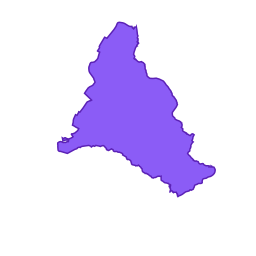 outline of Lozna, Salaj, Romania, rotated 322°
{"feature_id": "2599482B10357356910140", "entity_name": "Lozna", "entity_type": "district", "adm_level": 2, "iso_a3": "ROU", "parent_name": "Romania", "parent_adm1": "Salaj", "projection": "equal_earth", "projection_center": [23.494, 47.297], "detail": "fine", "context": "isolated", "style": "filled", "palette": "violet", "viewbox_px": 256, "rotation_deg": 322, "n_neighbors": 0, "source": "geoboundaries", "source_scale": "gbopen_adm2", "svg_char_len": 5858}
<svg xmlns="http://www.w3.org/2000/svg" viewBox="0 0 256 256"><g transform="rotate(322 128 128)"><path d="M171.6,211.9L171.5,211.6L170.3,210.5L170.2,210.2L170.5,209.8L170.2,209.2L170.0,209.8L169.5,209.9L168.7,209.1L167.9,208.5L168.6,207.9L167.8,207.0L166.2,205.7L165.4,204.3L165.2,203.4L165.3,202.5L165.0,202.0L162.8,200.9L162.2,199.9L162.2,199.4L162.6,197.7L162.1,197.1L161.4,195.8L160.5,195.6L159.6,193.7L160.0,193.5L160.0,193.3L159.9,192.9L159.9,192.4L159.8,191.4L159.5,190.6L159.6,188.8L159.5,187.5L159.2,186.8L159.3,185.5L159.2,184.9L160.4,184.2L162.6,184.1L163.3,183.2L164.0,182.6L164.9,182.3L165.5,181.7L166.0,181.6L166.3,180.9L166.8,180.4L168.9,179.4L170.7,179.1L170.8,179.1L170.6,178.0L170.6,177.3L172.3,176.4L173.7,175.1L174.7,174.6L175.9,174.1L175.6,172.8L175.0,172.1L173.8,172.0L172.5,172.3L172.0,171.8L171.3,169.8L170.8,169.4L170.6,169.0L170.6,168.8L171.0,168.6L171.0,168.2L170.9,167.8L170.5,167.8L170.4,166.7L170.2,166.6L169.4,164.2L169.4,163.9L169.7,163.2L170.5,162.7L170.5,162.4L170.7,162.2L170.4,160.3L171.7,159.8L172.7,158.6L173.0,157.7L173.4,157.2L173.1,156.9L173.1,156.4L173.3,156.1L173.2,155.5L173.1,155.1L172.9,154.7L172.7,154.0L171.3,151.8L170.7,150.3L170.6,149.9L171.0,149.0L170.6,145.8L171.7,144.0L172.6,143.0L178.5,141.3L180.1,140.6L181.5,139.8L181.7,138.8L182.2,138.4L182.4,137.8L182.6,136.7L183.1,136.0L183.1,134.3L183.3,133.4L183.1,132.8L183.4,131.8L183.1,131.1L183.1,130.1L182.9,129.7L184.1,127.6L184.0,126.4L184.5,125.8L184.6,124.4L184.6,122.3L184.9,120.4L184.8,119.5L184.8,118.8L184.6,117.7L184.8,115.6L184.8,112.9L184.1,111.4L182.8,108.8L180.9,106.1L178.1,104.3L175.8,102.3L175.3,100.5L175.1,98.7L175.3,98.2L176.1,97.1L176.7,94.9L177.4,94.2L177.5,93.5L177.7,93.3L177.9,91.9L179.3,90.1L179.3,89.6L179.5,89.1L179.8,88.7L180.2,88.8L180.5,87.7L180.3,87.2L180.3,86.0L179.9,85.2L179.6,84.8L179.6,84.1L177.8,83.1L177.5,83.1L177.1,82.5L176.7,81.6L176.3,79.3L176.1,78.8L176.2,78.6L176.4,78.7L176.4,78.2L175.6,77.8L175.5,77.0L175.7,76.8L177.4,75.8L177.4,75.4L177.7,74.8L177.6,74.3L177.7,73.5L179.3,72.1L183.5,69.3L185.1,68.9L185.6,69.0L185.5,68.6L185.8,68.2L186.8,68.1L187.2,67.8L187.6,67.9L188.5,67.7L188.3,67.0L188.7,67.0L188.8,66.5L188.2,66.3L188.3,65.7L188.5,65.5L189.7,65.3L189.9,64.8L190.8,64.1L190.5,63.6L190.7,63.4L190.8,62.7L192.6,61.5L192.6,60.9L193.3,59.6L195.5,56.0L196.8,53.5L196.5,53.7L196.4,53.3L195.6,52.8L195.0,52.8L194.9,52.5L194.2,52.9L194.0,53.4L193.4,53.4L193.3,52.7L193.4,52.2L193.1,51.8L193.4,51.2L193.4,50.7L193.6,50.3L192.1,49.2L191.3,48.0L189.9,44.1L189.6,43.4L188.7,42.0L186.4,39.5L185.5,39.0L184.8,38.8L183.9,39.0L181.1,40.6L177.5,41.8L166.7,44.3L165.5,42.1L164.9,42.3L156.6,45.5L155.4,46.2L155.1,47.1L154.6,47.4L151.4,48.5L151.5,49.1L152.4,50.8L150.5,52.0L147.2,54.5L145.6,55.0L142.4,55.3L140.6,54.5L139.7,53.8L138.7,53.6L137.2,54.2L137.0,54.5L134.7,55.9L133.6,57.2L132.4,59.1L131.9,60.7L131.6,67.7L131.1,68.7L130.5,71.0L130.1,71.7L126.7,72.6L125.4,72.5L123.4,72.0L121.4,71.9L117.6,73.0L115.1,73.9L116.5,83.6L115.3,83.5L114.9,83.1L112.2,82.4L111.5,82.4L104.8,84.6L99.7,85.9L99.2,84.9L98.3,85.5L95.6,86.6L94.9,85.2L90.7,87.4L89.6,88.3L88.4,89.7L86.0,91.6L86.8,93.3L87.4,95.1L88.8,98.1L87.9,98.6L86.4,99.1L82.9,99.2L80.8,98.5L79.9,97.9L79.5,98.2L79.3,101.0L78.7,101.2L78.1,101.1L76.2,100.7L74.1,99.9L73.1,98.3L72.6,97.1L72.2,96.8L70.6,96.5L70.2,95.4L68.9,97.9L71.3,99.0L73.8,100.9L72.6,102.0L71.6,101.3L69.9,101.0L68.7,99.9L68.0,99.6L67.7,99.1L67.7,98.9L67.4,98.3L66.4,97.1L65.3,96.6L63.5,96.5L62.6,97.5L62.3,98.2L61.2,99.5L59.6,101.9L59.2,102.7L59.3,103.6L59.9,104.5L60.2,104.6L60.9,105.5L64.6,110.7L73.0,112.1L74.8,112.8L75.4,112.8L75.6,112.6L76.4,112.6L77.7,113.1L78.4,114.0L79.7,113.9L80.5,114.2L86.4,117.6L87.3,119.2L87.5,119.8L87.4,120.4L89.6,120.5L89.9,120.8L90.0,121.4L90.2,121.7L91.3,122.0L91.9,121.9L94.1,124.4L94.9,125.6L95.7,125.7L97.4,126.4L97.9,126.9L98.0,127.6L98.2,128.2L98.1,129.4L98.3,130.3L98.3,131.0L98.2,131.3L97.8,131.6L97.8,131.9L97.9,132.2L98.4,132.8L98.5,133.4L99.0,133.8L99.7,133.9L102.1,134.3L102.1,134.5L102.8,135.6L102.9,135.9L102.4,136.8L102.5,137.6L102.8,138.2L104.7,139.6L104.9,139.9L105.2,140.9L106.5,141.9L106.8,142.7L107.5,143.7L107.8,144.8L107.8,145.3L107.2,145.9L108.7,149.6L108.7,150.1L108.3,150.6L108.3,151.3L108.0,151.9L108.0,152.2L108.2,152.6L109.3,153.3L109.9,155.0L109.9,155.6L109.7,156.2L109.4,156.8L109.2,157.6L108.7,158.4L108.7,159.4L109.2,160.1L110.6,161.8L110.8,162.3L110.8,162.7L111.7,163.0L112.2,163.6L113.4,163.7L113.5,164.0L113.6,164.7L113.5,164.9L113.5,165.4L113.8,166.0L113.9,167.1L113.7,167.5L113.9,168.9L113.3,169.8L112.7,171.1L112.7,171.6L113.0,172.7L113.5,173.6L113.5,174.4L114.6,175.1L114.8,176.2L115.2,176.3L115.4,177.1L115.4,177.4L115.9,179.5L116.4,180.1L116.2,181.3L116.4,182.1L116.7,182.3L117.1,183.0L117.9,183.1L119.4,184.0L121.1,184.2L122.2,184.6L122.7,185.2L123.1,185.3L123.8,186.2L124.4,186.4L122.5,188.8L122.0,189.8L122.7,191.4L122.8,192.0L123.2,193.6L123.7,194.3L124.4,194.8L125.0,195.9L125.6,196.3L125.5,196.8L125.8,197.6L126.2,198.1L126.5,199.1L125.8,199.8L125.6,199.8L125.6,199.4L125.4,199.1L125.0,199.1L125.2,199.7L125.1,199.9L124.7,199.9L125.0,200.3L124.8,200.8L125.1,201.3L124.6,200.7L124.2,200.9L124.2,201.3L124.0,201.6L124.1,201.9L123.8,202.5L121.8,204.1L122.2,204.3L122.5,204.0L123.4,203.8L123.7,204.6L124.0,204.9L124.0,205.5L123.8,206.0L124.3,206.4L124.1,206.9L124.7,207.0L126.5,208.4L126.2,209.4L126.2,209.6L126.0,210.2L126.3,210.3L126.3,210.8L125.2,211.8L125.1,212.8L126.8,212.9L127.7,213.3L130.0,213.7L134.1,213.8L137.4,215.2L138.8,214.9L139.3,215.3L139.4,215.9L141.5,216.4L142.0,216.3L143.0,215.6L143.9,215.3L145.1,214.3L145.7,214.2L147.7,214.9L149.4,215.1L151.3,216.6L152.4,216.9L152.9,216.7L153.5,215.8L154.5,214.9L155.2,214.5L156.2,214.4L158.7,215.7L161.1,216.0L163.3,217.0L165.0,217.2L166.6,217.2L168.2,216.8L169.5,216.1L170.9,214.7L171.2,214.1L171.6,211.9Z" fill="#8b5cf6" stroke="#5b21b6" stroke-width="1.5"/></g></svg>